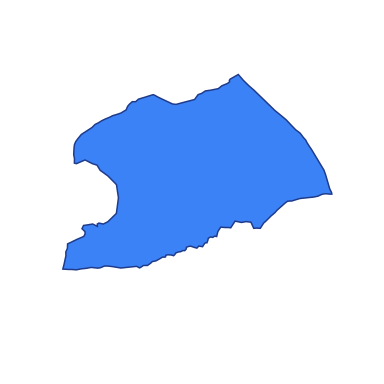 the district of Ardo-Kola, Taraba, Nigeria, rotated 116°
{"feature_id": "59680162B5954014037791", "entity_name": "Ardo-Kola", "entity_type": "district", "adm_level": 2, "iso_a3": "NGA", "parent_name": "Nigeria", "parent_adm1": "Taraba", "projection": "natural_earth1", "projection_center": [11.217, 8.847], "detail": "fine", "context": "isolated", "style": "filled", "palette": "blue", "viewbox_px": 384, "rotation_deg": 116, "n_neighbors": 0, "source": "geoboundaries", "source_scale": "gbopen_adm2", "svg_char_len": 2477}
<svg xmlns="http://www.w3.org/2000/svg" viewBox="0 0 384 384"><g transform="rotate(116 192 192)"><path d="M194.7,114.7L188.6,114.0L186.4,113.1L185.1,112.6L183.1,111.9L179.0,110.5L174.2,108.4L171.4,107.7L168.0,106.3L164.6,104.9L161.2,103.5L158.7,102.2L158.4,102.1L156.2,98.2L154.1,96.0L152.7,94.5L150.6,92.2L149.1,89.9L147.7,87.6L144.8,83.0L143.4,80.7L140.5,76.9L137.7,74.7L136.3,73.2L134.9,70.9L133.4,67.0L132.6,65.4L131.3,66.3L128.8,69.6L122.3,75.5L117.7,79.7L114.5,83.0L101.2,103.5L99.9,105.9L98.8,107.7L97.4,110.0L95.5,112.5L94.2,115.7L91.7,120.6L90.6,126.2L88.8,131.1L85.8,139.1L84.0,146.4L82.3,153.6L79.9,160.8L77.5,168.1L75.7,173.7L73.3,181.0L71.6,187.4L69.2,194.6L66.1,201.9L73.8,207.2L75.2,207.4L76.5,206.5L78.9,207.7L83.4,211.7L87.6,213.7L92.4,220.0L95.3,224.3L99.2,226.6L101.8,229.2L107.5,230.2L107.8,230.3L113.8,237.3L120.2,244.7L121.4,248.0L121.6,260.1L121.6,264.8L121.4,267.5L121.5,269.5L122.2,270.3L125.0,273.3L127.1,275.5L132.0,280.8L135.5,282.2L137.0,285.3L140.4,286.7L143.1,287.4L147.1,287.2L149.2,288.6L152.2,290.5L154.8,293.1L158.3,296.9L160.4,298.4L162.0,299.8L164.6,302.1L167.4,304.3L170.9,306.5L173.7,308.7L177.8,310.1L188.8,316.7L194.3,318.0L197.7,318.6L201.0,318.4L203.7,317.5L210.3,314.7L213.6,312.2L217.6,310.4L217.2,308.3L210.1,302.2L210.2,293.9L209.5,289.1L212.8,284.0L214.4,274.7L218.5,263.1L229.4,255.6L236.8,253.1L244.4,250.6L255.6,254.6L259.7,257.7L260.7,262.0L262.3,263.1L264.4,262.0L264.3,267.2L267.5,271.7L269.6,274.8L273.2,274.8L274.5,270.9L276.4,269.7L279.4,269.8L284.7,274.4L293.2,281.1L297.2,279.3L301.3,279.1L304.5,277.4L308.6,276.4L312.6,275.4L317.9,274.3L315.7,268.9L314.2,265.8L312.7,261.9L309.8,258.1L306.9,253.5L304.1,249.7L303.7,248.8L301.8,243.5L300.3,241.2L296.9,238.2L295.4,235.1L293.8,230.4L291.5,222.6L283.1,209.2L283.2,205.9L282.4,205.2L279.3,203.4L277.5,199.8L274.0,197.9L272.0,197.2L269.6,194.1L264.8,190.8L263.4,190.0L262.6,188.1L261.9,187.3L260.4,187.8L259.1,186.3L257.8,183.3L257.3,180.6L256.0,180.1L253.9,179.8L252.1,178.2L250.5,175.9L248.7,174.6L248.3,173.7L247.9,172.8L245.7,172.2L244.1,172.8L242.3,171.0L241.3,169.6L240.7,165.1L240.3,163.0L238.3,162.4L237.6,162.2L237.0,160.1L236.5,158.5L233.2,158.2L231.8,157.7L231.1,156.3L228.2,156.6L226.5,157.1L224.2,155.5L223.7,153.4L221.8,152.4L221.2,150.3L216.3,151.4L211.0,150.8L209.5,146.9L208.0,143.8L207.2,141.5L199.3,140.5L198.5,137.4L197.7,134.2L194.9,130.4L193.3,125.8L197.6,120.6L196.2,118.3L194.7,114.7Z" fill="#3b82f6" stroke="#1e3a8a" stroke-width="1.5"/></g></svg>